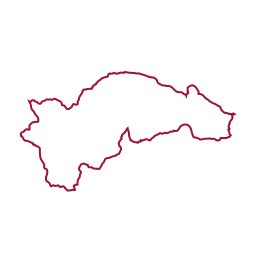 the district of Chicoana, Salta, Argentina, rotated 354°
{"feature_id": "61730980B71873263236869", "entity_name": "Chicoana", "entity_type": "district", "adm_level": 2, "iso_a3": "ARG", "parent_name": "Argentina", "parent_adm1": "Salta", "projection": "orthographic", "projection_center": [-65.583, -25.169], "detail": "fine", "context": "isolated", "style": "outline", "palette": "rose", "viewbox_px": 256, "rotation_deg": 354, "n_neighbors": 0, "source": "geoboundaries", "source_scale": "gbopen_adm2", "svg_char_len": 5769}
<svg xmlns="http://www.w3.org/2000/svg" viewBox="0 0 256 256"><g transform="rotate(354 128 128)"><path d="M229.4,145.9L228.7,145.3L228.3,144.2L228.3,142.4L227.8,140.9L227.6,140.1L228.7,139.8L228.9,139.4L228.7,138.8L228.3,138.2L228.2,137.4L228.3,136.7L228.9,135.9L229.0,135.0L229.6,134.4L229.4,133.7L229.8,133.0L230.7,131.7L232.3,130.1L232.9,129.0L233.0,127.8L232.8,126.2L233.8,125.8L234.7,125.7L235.4,125.4L234.2,124.5L233.4,124.9L232.1,124.9L231.5,124.7L230.8,125.0L228.1,123.5L226.7,123.4L225.9,122.8L225.4,122.9L223.0,120.1L222.4,118.7L221.9,116.5L219.7,115.3L218.8,114.4L216.9,113.1L215.6,112.5L212.4,110.3L211.0,108.7L209.5,107.4L208.7,106.9L205.5,102.8L204.4,102.2L203.0,101.7L201.8,101.6L201.7,100.7L202.0,99.7L201.8,98.7L201.4,97.8L199.9,94.9L199.1,93.9L197.5,92.6L196.3,92.3L194.3,92.5L191.5,94.2L191.4,95.5L191.5,96.0L191.3,96.4L191.1,97.6L191.2,98.3L191.5,98.4L191.6,98.7L191.5,99.6L191.3,99.8L190.7,100.0L190.3,100.5L189.7,100.6L189.4,101.0L189.2,101.9L189.0,101.4L188.3,100.7L187.0,99.9L186.1,98.9L185.1,98.1L181.5,97.5L180.7,97.2L180.0,96.8L178.3,95.1L177.2,93.7L175.7,92.0L174.9,91.3L172.6,90.4L170.4,90.2L169.4,89.7L168.4,89.6L167.4,89.2L166.2,89.0L165.7,88.7L164.8,87.9L164.0,87.6L162.7,86.4L162.2,85.7L161.6,83.3L161.2,82.6L160.0,81.4L158.8,80.5L156.9,80.3L156.3,80.0L155.5,79.4L154.2,79.5L153.3,78.8L152.5,78.5L151.5,77.8L149.8,77.2L148.6,76.5L147.5,76.3L146.6,75.7L145.9,75.4L145.1,75.2L144.1,74.7L142.3,74.7L141.4,74.5L140.2,73.9L138.8,73.9L136.9,73.4L135.0,73.2L133.9,72.8L132.8,72.6L130.8,71.9L130.1,72.5L129.6,72.7L129.1,72.7L128.0,72.3L126.6,72.2L125.0,72.4L123.7,72.8L123.0,72.7L122.8,72.8L121.7,72.7L121.4,72.4L121.2,72.4L120.2,71.9L119.0,71.9L118.3,72.2L117.5,72.3L116.3,72.1L115.7,71.9L114.4,72.2L114.3,72.8L113.5,74.1L113.0,74.8L111.1,75.1L110.0,75.1L107.6,75.8L106.9,76.1L105.6,77.1L103.3,78.3L102.2,79.2L101.7,80.0L100.8,80.5L100.7,81.0L100.1,81.0L99.4,81.7L98.4,82.1L97.7,82.8L97.2,82.9L97.3,83.3L97.2,83.6L96.8,83.8L96.6,84.3L96.2,84.5L96.2,85.1L91.1,85.0L90.3,85.3L89.3,85.4L88.7,85.2L87.8,85.2L86.7,86.2L86.5,87.6L85.8,88.4L85.4,89.3L84.8,89.8L82.9,92.1L82.0,94.8L80.9,96.1L80.6,96.7L80.7,98.2L80.5,98.9L79.7,99.3L78.5,99.3L76.8,98.6L75.9,98.6L75.3,99.3L74.7,100.4L74.2,101.2L71.4,102.9L70.0,102.9L69.1,102.6L68.8,101.7L68.3,101.2L67.1,99.2L66.4,98.8L64.8,98.4L64.7,97.9L64.5,96.0L63.8,94.9L63.2,94.3L60.7,92.9L58.4,91.3L57.3,91.3L55.6,92.0L54.6,91.9L53.7,91.4L51.7,91.4L50.4,91.0L49.7,91.2L48.8,91.9L46.1,92.5L44.9,93.1L44.3,93.9L43.5,94.7L42.5,94.6L41.4,94.1L40.0,92.5L38.2,91.8L37.7,91.0L36.7,90.4L35.9,90.4L34.8,90.9L34.2,91.5L33.3,91.8L32.6,91.3L33.0,92.7L33.6,93.9L33.8,95.3L33.8,97.5L34.4,99.5L34.9,100.5L35.7,101.3L36.2,102.1L37.4,105.1L39.3,107.6L39.4,108.4L39.8,109.6L39.4,112.2L38.1,112.5L36.5,112.2L34.1,112.4L32.8,113.0L31.7,113.7L30.4,115.1L30.1,116.2L30.1,117.2L29.8,119.3L29.1,119.4L28.1,118.8L27.5,118.7L26.5,118.7L25.0,119.7L23.8,120.8L22.8,121.0L21.5,121.5L20.8,122.6L20.9,123.7L20.6,124.6L21.6,125.3L22.2,126.2L23.1,128.5L24.3,129.8L26.2,130.2L27.5,130.7L28.7,131.5L31.1,132.8L31.5,133.7L32.0,133.6L32.4,134.0L32.4,134.8L32.9,135.3L33.3,135.2L34.0,135.4L34.5,136.1L36.3,137.0L37.7,138.2L38.1,138.8L38.2,139.7L37.9,141.4L37.7,146.8L37.8,148.1L38.0,149.4L38.6,150.8L40.5,154.7L40.9,156.2L40.5,157.2L40.5,158.7L41.1,159.6L42.6,160.4L43.1,161.2L43.3,162.9L42.6,165.5L41.2,168.7L41.1,171.2L41.5,172.2L43.7,174.1L44.3,175.2L45.2,177.8L46.9,177.5L47.6,177.1L49.5,178.0L52.8,177.8L53.3,178.4L53.9,179.4L54.5,179.3L55.5,179.7L56.3,179.3L57.6,179.2L58.7,180.3L59.0,180.8L59.1,181.2L59.6,181.4L60.2,182.6L60.7,183.0L61.5,184.0L61.9,183.9L64.7,184.0L66.6,183.6L67.9,184.1L68.7,184.0L68.7,183.3L68.4,182.2L68.0,179.9L68.5,179.6L69.3,179.5L69.7,178.9L71.3,179.1L72.0,178.8L72.0,177.7L72.5,175.1L73.7,172.9L74.7,172.1L74.9,171.5L75.0,170.6L75.5,169.1L75.9,168.6L76.7,167.0L75.9,165.9L75.1,164.2L74.9,163.4L75.1,162.7L76.8,160.1L77.8,159.3L78.4,159.0L80.2,158.8L81.2,159.1L82.1,159.7L83.0,160.2L84.1,160.4L84.4,162.2L85.0,163.0L86.3,163.1L88.3,163.5L88.9,164.3L89.5,164.8L92.2,165.1L93.5,165.5L94.7,165.7L95.6,165.4L97.8,162.4L98.7,160.9L100.3,159.5L102.1,156.6L103.1,155.9L106.4,155.7L108.7,154.9L113.3,154.1L113.7,153.5L114.5,153.1L115.7,153.0L116.5,152.7L116.8,151.9L117.8,150.4L118.7,148.7L119.0,147.9L118.9,147.3L118.6,147.0L118.4,145.8L118.2,145.3L117.7,145.2L117.5,144.9L117.1,142.5L117.4,142.1L117.7,141.0L118.2,140.6L119.3,139.1L120.6,138.1L120.6,137.8L120.2,137.1L120.2,136.6L121.1,135.6L121.3,134.4L122.0,133.8L123.3,133.1L124.0,132.1L125.1,131.5L125.5,130.6L126.2,129.9L126.9,128.7L127.6,128.2L127.7,129.3L128.0,130.5L128.1,131.4L128.4,132.9L128.3,134.9L128.4,135.5L128.3,135.9L128.3,136.4L128.7,138.1L129.0,138.8L129.1,140.0L129.3,140.4L129.9,140.6L129.9,140.8L130.8,141.5L132.0,142.1L132.9,142.7L135.4,143.2L136.0,143.7L136.5,143.7L137.0,142.8L137.3,142.6L137.7,142.6L138.7,142.8L139.3,142.7L139.3,141.8L139.5,141.4L140.9,141.9L141.5,141.9L143.7,141.3L144.6,141.0L146.9,141.7L148.2,142.6L148.8,142.6L149.3,142.1L149.9,141.4L150.7,140.8L150.9,140.6L152.5,139.8L153.2,139.0L153.7,138.7L154.7,138.4L155.8,137.8L157.0,137.7L157.6,137.2L158.4,137.0L158.9,136.5L160.3,136.7L161.1,137.3L161.6,137.3L163.1,137.0L164.2,136.6L165.7,137.1L167.5,137.0L168.8,136.6L169.6,136.1L170.1,136.2L171.2,136.0L172.0,136.2L172.6,136.2L173.1,135.6L173.5,135.8L174.1,135.7L175.3,136.0L176.4,135.9L177.5,135.4L180.2,132.1L181.2,131.4L182.9,130.7L184.3,130.4L186.3,130.7L187.7,131.3L189.5,133.0L190.0,134.1L190.5,135.7L191.3,140.6L191.6,142.0L192.3,144.0L194.8,144.7L197.7,146.2L198.4,146.9L199.5,147.1L202.7,146.7L207.8,147.0L208.9,147.1L210.1,147.6L212.1,147.7L213.2,148.2L214.7,149.3L215.3,149.6L216.2,149.8L217.2,149.8L218.6,148.8L219.2,147.6L224.3,148.3L228.2,147.3L229.4,145.9Z" fill="none" stroke="#9f1239" stroke-width="2"/></g></svg>